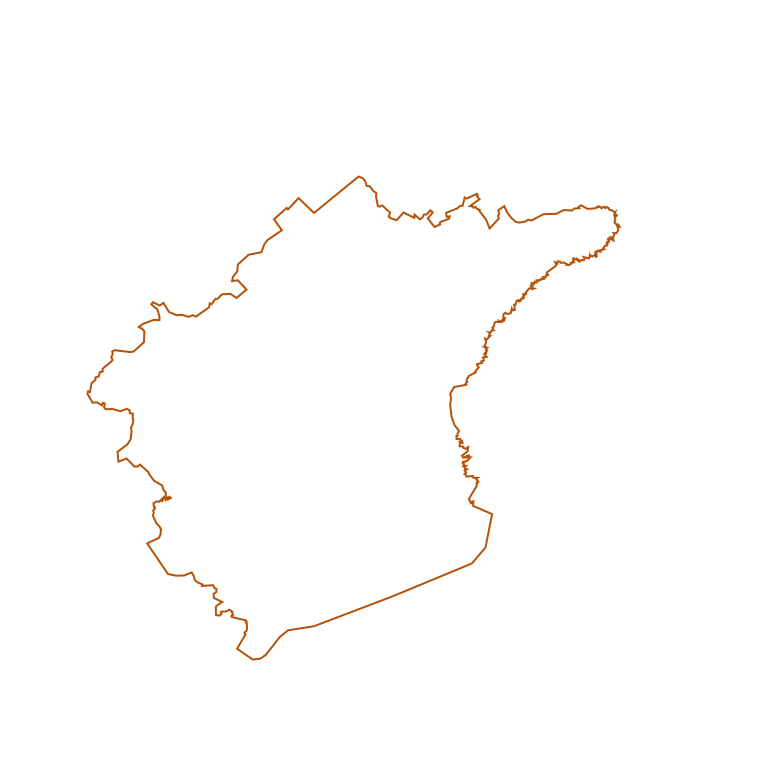 Listowel Lea-6, Kerry, Ireland, rotated 157°
{"feature_id": "5873133B46430887417549", "entity_name": "Listowel Lea-6", "entity_type": "district", "adm_level": 2, "iso_a3": "IRL", "parent_name": "Ireland", "parent_adm1": "Kerry", "projection": "orthographic", "projection_center": [-9.67, 52.458], "detail": "fine", "context": "isolated", "style": "outline", "palette": "amber", "viewbox_px": 768, "rotation_deg": 157, "n_neighbors": 0, "source": "geoboundaries", "source_scale": "gbopen_adm2", "svg_char_len": 6154}
<svg xmlns="http://www.w3.org/2000/svg" viewBox="0 0 768 768"><g transform="rotate(157 384 384)"><path d="M390.0,588.5L404.2,582.2L404.8,584.1L420.9,578.6L417.9,565.4L435.1,562.0L439.5,559.4L445.4,553.2L458.0,555.9L471.8,551.1L475.1,545.0L481.1,541.6L483.7,538.1L478.0,536.6L473.7,524.7L486.2,520.8L490.0,526.9L498.2,529.9L503.9,527.4L505.9,528.3L511.5,524.8L512.9,526.3L515.0,523.0L530.6,519.5L533.3,522.1L537.4,522.1L543.1,526.7L548.1,528.4L553.7,534.2L555.4,544.9L559.7,543.8L564.7,549.5L567.1,548.3L563.5,541.2L564.3,533.8L565.8,530.5L570.7,533.0L582.5,533.5L587.4,532.2L584.9,529.0L584.0,526.2L588.6,516.3L601.7,511.7L605.4,512.7L618.8,520.4L621.5,520.1L621.8,517.9L624.8,514.9L624.3,512.8L625.0,511.7L637.1,508.0L638.1,505.4L640.8,506.0L643.8,502.3L647.1,502.8L647.8,500.7L652.9,499.0L657.9,491.4L659.2,492.8L660.8,490.9L659.6,480.7L655.3,479.1L652.0,474.5L650.1,476.6L648.7,475.2L650.8,471.6L649.8,469.4L643.9,467.2L637.4,462.0L630.7,461.7L628.5,459.4L629.4,456.5L626.8,454.8L628.9,450.5L628.6,449.1L631.5,444.6L634.0,442.7L635.0,438.8L638.8,432.1L643.8,428.7L655.8,425.7L658.8,416.3L650.1,416.0L646.0,405.5L643.3,404.3L640.2,405.2L635.2,394.8L635.5,393.1L633.5,384.8L627.7,377.1L628.4,373.1L627.2,369.1L628.3,367.4L628.4,364.8L627.1,363.6L625.7,364.1L624.8,362.3L628.6,362.1L629.0,364.8L630.4,363.0L630.7,366.0L633.9,364.7L632.8,363.8L633.7,362.8L635.2,364.2L637.1,363.4L638.8,364.7L642.8,364.3L643.8,360.9L643.1,360.6L643.5,358.8L645.9,357.8L646.2,355.6L648.2,353.1L647.9,344.7L646.2,340.1L646.1,337.3L648.5,332.9L651.2,330.3L664.3,329.8L657.1,293.5L650.1,288.7L642.8,285.8L634.6,285.7L634.1,281.1L634.8,277.6L633.1,274.2L629.4,270.4L630.5,269.2L620.0,265.6L619.7,262.3L618.3,260.7L619.5,258.1L623.0,257.4L624.1,253.5L618.1,246.5L624.9,245.3L626.1,244.2L629.0,236.8L625.8,235.1L623.6,235.7L623.4,237.6L622.3,238.0L618.6,236.4L614.5,236.6L612.5,233.6L613.2,233.0L613.1,230.5L614.9,230.3L615.3,229.0L603.4,220.3L603.3,219.1L604.4,218.5L603.7,217.8L605.0,213.7L607.0,210.4L609.4,209.9L609.9,208.5L609.3,207.6L622.7,197.7L612.5,181.7L605.4,179.5L598.8,180.8L578.6,191.9L568.5,194.8L543.3,188.4L458.9,185.2L373.2,184.5L354.5,193.8L335.3,222.0L349.6,236.9L348.3,239.5L350.0,240.1L348.1,241.1L350.6,241.6L350.8,245.0L338.2,254.2L337.9,255.9L335.8,256.8L336.5,257.4L335.6,257.8L336.3,260.6L334.4,261.0L338.5,262.9L338.1,264.5L344.4,266.6L344.2,268.3L345.1,269.7L343.1,270.2L343.6,272.8L341.0,273.0L342.6,274.4L342.5,275.6L340.6,276.5L343.1,277.3L341.8,278.3L342.3,279.6L341.6,280.0L342.4,280.4L341.8,281.6L336.6,280.3L337.5,280.8L333.0,282.7L336.8,284.2L333.0,285.4L339.9,285.2L340.3,287.5L333.3,289.4L331.2,293.0L334.0,292.4L336.0,294.5L335.6,295.4L338.7,297.2L337.1,300.3L334.8,299.1L334.6,300.6L335.5,301.3L334.5,301.2L335.4,303.7L338.7,305.0L337.7,307.8L336.6,307.5L335.6,309.8L333.3,311.4L335.1,318.7L334.6,327.4L331.3,339.0L327.9,344.6L326.8,349.2L320.7,353.8L308.8,351.2L308.3,351.5L308.7,352.4L306.5,353.5L306.9,354.2L305.9,356.0L302.6,358.3L295.0,358.9L295.2,359.9L290.3,362.3L291.0,364.6L290.6,365.9L285.5,365.0L285.6,366.8L282.8,366.6L282.4,369.8L279.0,368.8L279.7,371.5L278.4,372.2L279.5,372.7L276.2,374.4L276.9,375.5L275.8,376.2L276.3,377.5L275.4,377.4L277.0,378.8L275.8,378.6L276.2,380.0L273.7,382.5L273.1,386.2L272.1,384.8L267.6,386.7L268.7,387.2L266.8,389.5L267.2,390.4L266.0,389.5L264.1,391.2L262.5,390.8L263.1,391.6L261.8,392.5L262.0,393.8L260.2,394.1L258.6,396.9L257.0,397.6L253.9,396.1L253.7,397.3L252.2,395.2L248.7,395.3L247.8,396.3L249.5,396.8L247.2,397.6L248.3,398.5L246.6,401.6L244.5,402.2L242.8,400.1L239.6,399.7L236.9,403.6L236.8,401.6L234.6,401.1L233.2,406.1L232.1,405.5L229.5,408.7L227.6,408.7L227.4,407.2L226.7,407.6L227.1,408.8L225.8,407.2L224.5,408.8L222.4,408.3L222.5,409.6L221.1,409.4L221.3,411.8L220.8,410.6L219.4,411.0L220.1,412.1L217.8,411.8L217.8,412.8L213.3,415.2L211.4,414.8L211.1,413.5L210.6,415.5L210.4,413.3L208.9,413.3L209.9,413.9L209.3,415.2L210.6,417.0L208.4,418.8L207.9,417.1L207.0,417.4L207.5,418.4L205.8,417.4L206.4,418.3L205.3,419.4L204.3,418.0L202.1,418.3L202.6,419.6L198.9,418.5L198.2,419.6L195.7,418.1L195.0,419.0L195.3,420.2L193.4,419.2L192.2,421.0L190.5,420.2L190.6,423.1L180.0,425.5L178.8,426.5L178.9,429.0L177.2,427.2L176.4,429.0L174.2,427.9L173.8,426.4L171.1,425.6L168.9,422.9L169.4,422.3L167.1,421.2L165.2,421.4L165.1,422.4L162.6,421.9L163.2,422.6L161.2,423.0L161.7,424.1L160.4,425.8L158.2,423.1L157.6,424.0L156.6,422.9L156.9,420.8L156.0,420.2L155.3,420.6L155.8,421.4L151.2,419.9L150.3,421.2L150.6,422.8L146.2,419.5L144.3,422.0L144.6,419.9L143.8,421.7L142.1,419.9L139.7,420.3L139.0,418.1L138.1,418.5L138.0,420.1L138.8,420.9L137.9,422.7L137.1,421.7L136.3,423.1L133.2,421.4L133.8,422.9L128.5,421.9L129.3,423.2L126.9,424.8L124.8,424.3L123.5,425.5L124.2,426.2L123.6,427.3L121.1,427.1L120.5,428.3L121.5,429.3L120.8,430.1L120.3,429.1L119.3,430.0L116.6,426.5L116.3,428.2L117.4,430.2L115.7,429.4L113.2,432.2L113.5,433.1L111.3,432.1L108.9,433.5L107.7,435.1L107.6,438.2L105.7,436.9L106.2,439.6L107.8,440.1L108.8,442.6L106.9,444.8L106.1,449.0L104.7,447.8L103.7,448.4L105.0,450.6L103.9,451.9L104.7,451.6L106.5,455.1L108.4,456.2L108.4,458.1L109.9,459.9L111.5,459.4L111.4,460.8L112.9,461.3L115.1,460.7L116.1,463.0L118.0,463.0L117.8,463.9L121.1,463.2L128.2,465.7L132.8,471.5L135.7,470.9L135.5,469.5L140.0,471.1L143.4,470.3L150.4,473.8L159.1,473.4L170.9,478.0L184.4,476.9L187.0,478.9L190.2,478.3L196.6,479.8L199.5,481.8L202.0,487.6L203.6,493.9L203.8,500.8L210.9,499.2L211.6,495.4L213.5,494.0L213.6,491.5L226.0,485.9L225.8,495.4L228.8,506.9L228.1,507.1L230.1,509.1L230.4,511.1L232.7,511.3L232.9,512.6L235.3,514.2L223.8,516.8L225.2,520.6L223.9,521.1L224.1,522.8L235.4,522.3L236.9,524.1L242.0,517.4L244.3,518.2L247.9,517.0L259.3,517.3L260.1,517.1L260.9,513.4L258.0,512.6L259.7,510.7L268.2,511.1L269.5,510.8L270.0,509.0L276.2,508.8L279.0,519.3L272.1,522.9L273.5,525.8L278.4,523.4L281.0,524.4L283.6,522.1L286.7,521.6L289.7,528.0L291.2,525.1L299.0,534.2L308.5,529.8L313.1,534.0L314.2,536.3L311.4,539.4L316.0,549.2L318.9,549.0L320.1,550.3L318.1,559.7L316.5,562.7L318.2,565.4L320.0,571.7L322.5,573.1L322.1,578.5L323.2,581.7L326.3,584.9L381.6,568.8L390.0,588.5Z" fill="none" stroke="#b45309" stroke-width="2"/></g></svg>